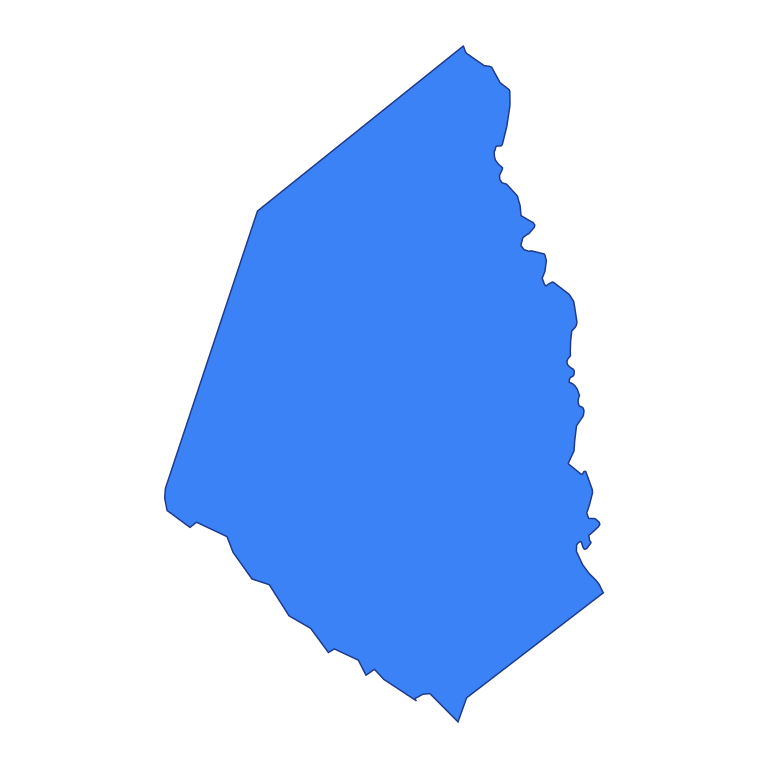 the district of Screven, Georgia, United States of America
{"feature_id": "52423323B53082153991238", "entity_name": "Screven", "entity_type": "district", "adm_level": 2, "iso_a3": "USA", "parent_name": "United States of America", "parent_adm1": "Georgia", "projection": "equal_earth", "projection_center": [-81.483, 32.767], "detail": "fine", "context": "isolated", "style": "filled", "palette": "blue", "viewbox_px": 768, "rotation_deg": 0, "n_neighbors": 0, "source": "geoboundaries", "source_scale": "gbopen_adm2", "svg_char_len": 2198}
<svg xmlns="http://www.w3.org/2000/svg" viewBox="0 0 768 768"><path d="M190.0,527.4L196.5,522.2L227.0,536.6L233.1,552.4L252.0,579.0L269.3,584.7L289.0,615.8L310.7,628.4L328.4,652.5L334.3,648.9L358.4,660.2L366.0,675.2L374.4,669.3L383.8,679.4L416.5,700.9L414.5,698.8L422.9,694.2L429.9,693.6L458.0,721.9L466.6,697.8L603.3,592.8L603.2,592.7L599.1,584.3L596.1,580.4L589.1,573.5L582.6,564.7L576.4,551.4L576.6,544.9L577.9,543.2L579.9,541.6L581.2,541.7L582.9,547.1L584.1,549.0L584.9,549.3L586.8,548.5L590.8,543.1L590.9,542.1L589.6,540.6L588.8,535.2L590.2,534.3L598.4,526.8L599.8,524.4L599.1,522.1L595.0,518.6L588.6,518.4L586.9,513.5L586.8,512.3L587.4,511.1L589.5,504.7L592.5,492.9L592.3,489.6L585.8,471.7L584.9,471.3L584.3,471.4L583.6,471.9L583.2,472.8L582.8,473.8L581.4,474.4L569.0,464.4L568.3,463.2L574.0,450.9L574.7,440.9L576.5,425.9L581.8,418.0L582.8,416.7L583.5,414.8L583.7,412.9L584.0,411.2L583.7,409.7L583.0,407.9L581.7,406.9L579.4,406.1L578.6,404.2L578.1,402.0L578.3,399.0L579.5,395.3L578.3,392.2L577.3,389.3L575.0,385.9L572.9,384.0L570.5,382.7L569.4,382.4L569.2,381.6L569.2,380.0L569.6,379.0L570.0,378.2L570.8,377.2L572.7,376.4L574.0,374.7L574.1,373.2L574.2,372.0L574.1,370.6L573.2,369.1L571.2,368.0L569.2,366.5L567.5,364.5L566.9,361.5L567.8,359.0L570.5,355.7L570.3,351.0L570.6,341.6L571.7,331.1L575.3,327.2L576.5,324.9L576.9,321.8L574.5,306.0L573.6,301.2L569.2,294.4L554.4,283.0L553.5,282.4L552.4,282.0L548.2,284.2L546.6,285.7L545.3,285.7L544.1,283.5L542.2,278.2L544.9,271.5L546.4,260.6L545.0,255.3L544.1,253.9L531.2,250.8L529.0,251.3L524.0,249.6L520.8,245.4L522.9,237.6L527.8,234.0L528.6,233.9L534.3,227.3L534.8,225.1L533.1,222.6L530.3,221.1L521.0,215.6L520.2,206.1L517.3,195.9L506.5,184.1L502.1,182.8L499.8,179.5L499.5,175.4L502.4,169.3L502.5,167.8L498.3,164.0L495.5,160.3L494.5,156.9L494.3,154.7L494.2,153.0L494.3,151.6L494.9,150.5L495.2,149.3L495.5,147.9L496.1,146.6L497.2,145.9L498.9,146.0L500.7,146.0L502.1,144.9L502.5,143.8L506.8,126.5L509.8,106.5L510.0,103.6L509.8,91.2L509.1,89.7L500.1,82.7L491.7,67.3L489.9,66.4L484.1,65.6L466.6,53.4L465.4,51.7L463.6,46.6L463.2,46.1L257.5,211.0L165.4,488.4L164.7,498.2L167.1,510.5L190.0,527.4Z" fill="#3b82f6" stroke="#1e3a8a" stroke-width="1.5"/></svg>